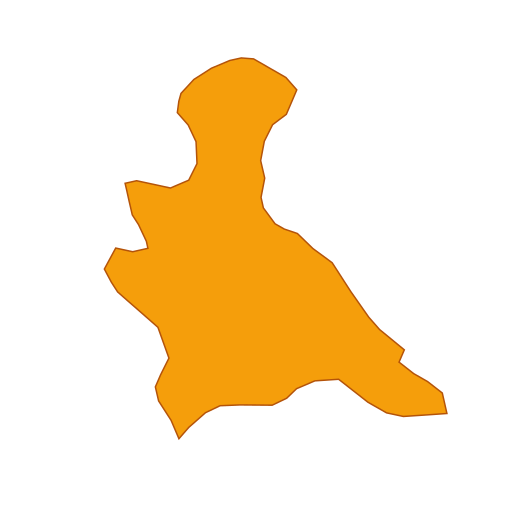 Anak, Hwanghae-namdo, North Korea (Equal Earth projection), rotated 77°
{"feature_id": "82179303B532613620970", "entity_name": "Anak", "entity_type": "district", "adm_level": 2, "iso_a3": "PRK", "parent_name": "North Korea", "parent_adm1": "Hwanghae-namdo", "projection": "equal_earth", "projection_center": [125.436, 38.463], "detail": "fine", "context": "isolated", "style": "filled", "palette": "amber", "viewbox_px": 512, "rotation_deg": 77, "n_neighbors": 0, "source": "geoboundaries", "source_scale": "gbopen_adm2", "svg_char_len": 1107}
<svg xmlns="http://www.w3.org/2000/svg" viewBox="0 0 512 512"><g transform="rotate(77 256 256)"><path d="M103.3,178.9L88.8,186.7L74.3,202.3L63.4,214.0L59.7,225.8L59.6,237.6L63.0,257.2L70.0,276.8L73.0,281.2L80.7,292.5L87.9,296.4L98.6,300.4L113.1,292.6L131.1,288.7L152.7,292.7L167.0,304.5L170.5,324.1L163.1,339.8L155.8,355.4L155.7,367.2L162.9,367.2L173.7,367.3L188.1,367.3L199.0,363.4L217.0,359.5L224.2,359.6L224.1,375.2L216.7,390.9L234.6,406.7L249.1,402.8L259.9,398.9L270.8,391.1L281.7,383.2L303.4,367.6L335.9,363.8L350.2,375.6L360.9,383.5L375.3,383.5L397.0,375.7L416.7,372.2L407.9,360.1L397.3,340.4L393.8,324.7L397.5,305.1L405.0,273.8L401.5,258.1L394.4,246.3L390.9,226.7L394.7,203.2L409.2,191.5L423.7,179.8L438.2,164.1L445.5,148.5L449.3,125.0L452.4,105.4L431.4,105.3L416.9,117.1L406.1,128.8L391.6,140.5L380.8,132.6L355.5,152.1L341.0,159.9L312.1,171.6L290.5,179.4L279.7,183.3L261.5,198.9L243.4,210.6L236.1,222.4L228.9,230.2L210.8,238.0L200.0,237.9L182.1,230.0L164.1,230.0L146.1,222.1L131.8,210.3L128.3,202.5L124.8,194.6L114.0,186.7L103.3,178.9Z" fill="#f59e0b" stroke="#b45309" stroke-width="1.5"/></g></svg>